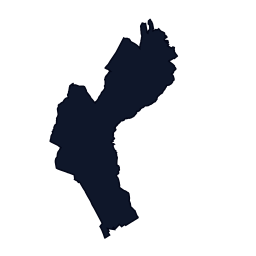 the district of Lungesti, Vâlcea, Romania, rotated 58°
{"feature_id": "2599482B14726435776236", "entity_name": "Lungesti", "entity_type": "district", "adm_level": 2, "iso_a3": "ROU", "parent_name": "Romania", "parent_adm1": "Vâlcea", "projection": "robinson", "projection_center": [24.176, 44.603], "detail": "fine", "context": "isolated", "style": "filled", "palette": "ink", "viewbox_px": 256, "rotation_deg": 58, "n_neighbors": 0, "source": "geoboundaries", "source_scale": "gbopen_adm2", "svg_char_len": 5736}
<svg xmlns="http://www.w3.org/2000/svg" viewBox="0 0 256 256"><g transform="rotate(58 128 128)"><path d="M209.0,205.8L209.0,200.3L205.6,200.3L205.6,198.9L202.3,198.6L206.6,193.6L204.8,193.8L204.6,192.9L206.8,192.5L205.5,187.5L205.0,186.5L208.3,185.6L208.2,185.0L208.1,184.9L208.2,181.7L209.3,181.5L209.4,167.2L209.0,166.8L208.4,166.8L207.0,167.0L201.7,166.0L200.9,166.4L198.2,166.9L196.3,167.5L193.1,166.1L190.4,165.6L188.1,163.9L184.3,162.2L182.9,162.2L182.7,162.5L180.3,163.5L179.0,164.6L175.5,166.1L174.9,166.5L173.0,166.4L172.1,165.5L170.7,165.0L169.7,164.5L166.7,163.5L165.0,163.1L163.8,163.3L162.4,163.2L161.8,162.6L161.7,162.1L161.4,161.4L161.6,160.4L161.2,159.8L160.7,159.6L159.7,159.4L158.9,157.5L158.6,157.4L158.1,157.6L157.5,156.8L157.1,156.5L155.4,156.1L155.0,156.2L154.7,156.7L154.2,157.0L153.1,156.8L152.1,156.4L149.5,154.6L147.5,152.9L145.8,152.4L145.4,152.5L144.1,151.6L143.2,151.4L142.5,151.5L142.2,151.2L142.3,151.0L141.9,151.1L140.9,150.5L140.4,150.7L139.7,151.1L139.2,151.1L136.5,150.7L135.6,150.4L134.6,149.9L134.7,149.7L134.5,149.4L134.5,149.0L134.3,148.8L134.4,148.3L133.8,148.5L133.6,148.9L133.6,149.4L133.5,149.5L132.9,149.7L131.3,149.8L131.1,149.5L131.2,149.3L131.1,149.0L131.3,148.4L131.3,147.6L129.9,147.6L130.1,146.2L129.7,145.1L127.0,145.2L126.2,144.0L125.4,144.1L124.8,143.3L124.4,143.2L123.7,142.0L123.6,141.0L123.1,139.4L122.7,139.1L122.1,139.4L121.9,139.2L121.2,139.5L120.7,139.4L120.6,139.1L120.7,138.4L120.2,137.9L119.8,135.8L119.3,135.7L119.1,135.4L119.1,135.2L119.5,134.9L118.9,133.6L119.1,133.0L118.8,132.3L118.8,131.7L118.6,131.4L118.3,131.1L118.1,130.4L118.5,129.7L118.5,129.0L119.0,128.6L118.9,128.1L119.2,127.4L118.8,126.4L118.4,126.0L118.6,125.7L118.6,125.2L119.1,124.6L118.9,124.3L118.9,124.0L119.7,123.2L119.7,122.5L120.6,121.2L120.6,120.8L120.9,120.0L120.9,118.8L121.1,118.0L120.9,117.0L121.0,116.3L120.4,115.3L120.5,114.9L120.2,114.1L120.1,113.8L119.7,113.6L119.8,112.9L119.6,112.7L119.0,112.5L118.8,112.0L118.5,111.6L119.2,110.6L119.0,110.0L119.3,109.4L118.8,107.7L118.4,107.5L118.2,107.3L118.3,106.4L118.1,105.7L118.5,104.6L118.5,103.5L118.2,103.0L118.2,101.5L119.0,100.4L119.7,98.8L119.7,98.0L119.6,97.5L120.0,95.6L119.8,94.8L119.9,94.6L119.7,94.3L119.9,94.0L119.6,93.7L119.7,93.4L119.8,91.9L120.0,91.0L119.3,89.3L119.0,89.0L119.0,88.4L118.3,87.9L117.1,86.5L117.0,86.0L116.8,85.3L116.8,84.6L116.4,83.3L116.4,80.3L115.4,78.8L114.4,76.0L113.8,75.2L113.3,73.9L112.4,72.7L112.8,71.5L113.3,70.5L113.3,68.2L113.3,67.7L112.6,66.0L111.7,65.1L111.8,64.0L111.5,63.5L110.8,63.0L108.5,62.3L107.4,62.1L105.3,62.4L105.1,60.3L104.0,59.1L103.8,58.5L103.5,56.5L103.3,56.2L102.9,56.0L101.7,56.0L100.8,56.3L100.0,55.8L99.8,55.8L97.6,56.3L95.6,57.1L93.0,58.0L92.9,57.4L92.7,57.3L92.9,55.5L93.0,55.2L92.9,54.9L93.0,53.8L92.7,53.3L92.8,52.9L93.6,51.9L93.6,51.4L93.4,50.9L93.2,48.9L93.2,48.4L93.1,48.1L92.0,48.1L90.9,48.3L87.8,48.3L87.2,48.1L87.1,47.8L85.7,47.3L84.3,46.1L83.1,47.0L83.3,48.8L79.3,50.9L78.7,49.3L75.5,50.0L76.6,48.5L75.0,48.0L73.1,50.6L72.0,50.3L71.7,49.8L71.6,48.9L71.2,48.9L70.9,48.7L71.0,48.3L71.6,47.7L71.6,46.9L71.4,46.8L69.7,47.0L69.6,47.6L69.3,47.8L66.7,46.8L65.5,47.4L63.1,49.0L60.2,49.4L60.4,50.0L60.2,50.5L60.3,51.1L59.9,51.8L59.5,52.0L59.2,52.4L59.3,53.2L59.0,53.6L59.0,54.3L58.8,54.7L59.0,55.5L58.5,56.0L58.8,55.6L58.0,54.8L57.0,54.2L56.7,54.2L56.9,53.7L55.2,53.3L55.3,53.1L52.7,52.1L50.1,51.7L49.9,51.9L49.5,52.0L48.2,51.7L47.7,51.8L48.1,53.9L50.5,55.6L51.7,55.1L53.2,55.6L56.0,57.3L56.2,57.8L56.2,58.9L58.2,61.0L57.5,61.3L56.8,61.1L48.7,57.8L48.6,58.4L46.6,60.3L48.1,62.9L48.6,63.4L50.2,64.1L51.8,65.1L53.1,65.6L55.0,66.7L56.8,67.2L57.8,67.7L58.3,68.3L60.0,69.7L60.6,70.4L61.9,71.3L63.6,73.3L65.2,74.5L65.4,75.1L65.6,75.3L66.5,75.8L63.8,76.3L62.2,76.8L59.7,77.9L58.6,78.7L58.2,78.7L57.5,79.3L56.1,79.9L55.5,80.0L54.9,79.8L53.2,79.9L52.3,80.8L51.6,81.2L50.5,83.2L50.1,83.6L49.4,83.9L57.6,97.9L61.7,107.1L63.6,110.9L64.4,114.0L65.0,115.5L66.3,114.9L67.1,114.1L68.5,113.4L70.0,113.0L70.0,113.3L70.5,113.1L70.2,113.6L70.9,114.2L70.8,114.8L71.3,115.0L71.2,115.8L71.5,116.2L72.0,117.7L72.5,118.4L72.6,118.6L72.2,118.7L73.0,120.3L73.8,121.0L74.7,122.1L75.0,122.2L75.4,122.1L75.8,122.2L78.9,124.1L79.3,124.4L79.9,125.6L80.4,125.8L81.5,126.0L82.6,127.4L83.6,129.9L83.6,130.3L84.0,131.6L85.3,133.3L86.4,136.2L87.6,137.8L88.7,140.6L88.7,141.5L89.3,142.6L87.9,143.0L84.8,143.3L83.5,143.7L80.8,143.5L75.9,144.0L75.0,144.0L73.9,143.5L70.6,143.1L69.9,143.1L69.0,143.7L66.8,147.3L64.3,149.2L63.4,150.1L63.2,150.5L62.8,152.3L62.3,152.3L61.5,151.1L61.2,151.1L61.2,153.2L61.5,154.1L62.0,154.8L61.6,155.0L62.9,156.4L63.6,156.6L63.7,157.1L64.9,158.0L65.9,159.2L66.9,159.8L67.1,160.3L67.8,161.5L68.6,161.9L69.4,162.0L70.6,162.5L70.6,163.0L70.0,164.3L70.0,165.6L70.5,167.3L71.5,169.2L71.6,169.6L71.4,170.7L71.5,171.1L71.4,171.6L71.8,172.8L71.5,173.8L71.8,174.9L72.9,175.4L73.2,175.7L74.1,177.3L74.7,177.8L79.5,179.9L81.0,181.5L81.8,183.1L82.2,183.5L83.6,184.2L83.9,184.7L84.8,185.1L86.8,186.7L86.9,187.0L86.7,187.9L87.4,189.3L88.2,190.3L88.6,190.7L89.4,191.1L89.8,191.5L90.0,191.8L89.9,192.1L90.2,192.2L90.9,193.0L91.0,193.3L90.8,193.7L91.0,194.1L92.0,194.2L92.9,195.0L93.3,196.1L94.1,197.4L96.2,199.1L97.0,200.1L97.5,200.4L97.8,200.9L98.1,201.0L99.1,200.5L105.4,196.6L109.1,195.3L109.7,196.7L110.3,197.5L111.3,200.0L112.6,201.5L115.1,203.4L115.3,204.3L115.7,205.3L116.9,206.6L118.4,207.6L124.0,209.9L125.2,209.3L127.6,207.5L132.4,203.6L134.0,202.5L134.8,201.7L139.2,198.4L142.7,200.0L143.2,200.6L144.7,199.8L146.3,198.8L146.8,199.0L147.9,198.8L148.1,197.7L148.8,197.6L155.6,197.8L159.0,197.7L159.6,197.9L164.3,198.2L170.4,198.4L174.1,199.0L178.5,199.1L195.3,200.3L196.7,203.9L198.0,203.9L200.9,204.2L205.3,205.0L208.4,205.8L209.0,205.8Z" fill="#0f172a" stroke="#020617" stroke-width="1.5"/></g></svg>